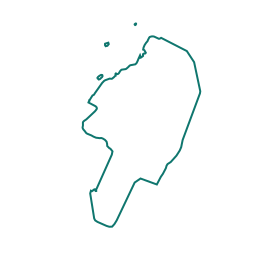 the Province of East Sepik, rotated 295°
{"feature_id": "PNG-1239", "entity_name": "East Sepik", "entity_type": "Province", "adm_level": 1, "iso_a3": "PNG", "parent_name": "Papua New Guinea", "parent_adm1": "", "projection": "mercator", "projection_center": [143.363, -4.131], "detail": "fine", "context": "isolated", "style": "outline", "palette": "teal", "viewbox_px": 256, "rotation_deg": 295, "n_neighbors": 0, "source": "natural_earth", "source_scale": "10m", "svg_char_len": 2473}
<svg xmlns="http://www.w3.org/2000/svg" viewBox="0 0 256 256"><g transform="rotate(295 128 128)"><path d="M134.4,81.4L135.4,81.3L136.4,81.6L136.8,81.1L137.8,81.5L141.9,82.0L142.5,82.1L143.6,83.0L144.4,83.2L145.1,83.2L157.8,85.5L160.5,86.4L161.6,87.1L165.0,90.5L165.6,92.2L165.9,92.6L166.2,92.9L167.2,93.3L167.7,93.6L168.2,93.8L169.9,94.4L170.2,94.7L170.7,94.4L171.6,93.8L171.9,93.8L172.3,93.9L172.4,94.3L172.0,95.0L172.5,95.8L173.1,96.3L174.0,96.6L176.1,96.8L177.2,97.1L178.1,97.5L180.4,101.0L181.1,101.5L183.6,102.6L184.4,102.8L185.8,103.5L188.8,107.7L190.3,108.3L192.3,108.4L196.2,108.2L196.8,108.3L197.5,108.2L199.0,108.2L198.5,108.7L197.9,109.0L197.2,109.1L196.5,109.0L197.0,109.7L197.5,110.1L198.1,110.3L198.7,110.8L199.7,111.2L201.2,110.4L202.0,110.8L202.5,111.7L202.8,112.1L203.2,112.3L203.9,112.2L204.0,112.0L204.0,111.8L204.3,111.5L204.8,110.8L205.4,110.0L205.6,109.2L205.5,108.6L207.5,108.1L210.2,108.0L212.9,108.4L214.9,109.0L215.7,108.9L218.8,109.0L219.6,109.2L220.4,110.0L221.1,110.9L221.6,111.9L221.9,113.1L221.9,118.2L222.3,118.9L223.2,119.6L223.7,119.9L223.7,120.0L222.6,148.8L215.6,160.1L191.8,178.0L189.7,178.6L187.1,178.8L140.2,182.6L133.1,184.3L129.4,184.4L123.4,183.6L115.2,181.1L112.0,179.1L111.1,179.0L110.1,178.9L107.6,179.3L101.2,179.0L97.7,178.4L89.0,178.0L87.5,160.7L81.4,157.1L39.5,156.8L35.2,156.3L31.9,155.3L30.6,152.8L30.2,150.0L30.0,140.0L30.4,137.3L31.7,135.6L52.7,121.4L53.2,121.3L54.1,121.1L54.4,121.2L55.5,120.9L55.6,122.1L56.4,122.6L57.5,122.9L58.3,123.7L57.5,124.7L57.2,125.3L57.5,125.8L59.1,125.0L59.6,125.2L60.6,125.2L97.0,124.6L100.3,123.8L101.4,121.6L101.8,120.7L101.8,119.7L102.9,116.8L104.9,115.7L106.6,114.3L107.5,112.1L107.8,109.7L107.7,108.3L107.5,107.7L107.0,107.0L106.8,106.6L106.3,104.9L105.9,103.8L105.7,103.1L105.6,100.4L105.8,98.0L105.6,93.5L105.7,92.6L105.9,92.0L106.9,90.2L107.8,88.2L108.5,87.2L109.3,86.6L110.9,86.2L111.7,85.9L113.3,85.1L114.0,84.8L114.8,84.8L115.6,85.1L116.4,85.5L118.2,86.6L129.2,91.0L130.8,91.4L131.7,91.6L132.6,91.5L133.4,90.9L134.0,89.5L134.4,81.7L134.4,81.4ZM164.3,83.0L163.3,83.0L161.6,82.3L161.2,82.2L160.5,81.9L159.6,81.1L159.7,80.6L160.0,80.1L160.1,79.5L160.5,79.1L161.7,79.3L163.3,80.1L164.8,81.2L165.1,82.3L164.3,83.0ZM192.7,73.2L193.4,72.1L194.7,71.6L196.2,73.2L197.0,74.1L195.9,75.1L193.8,74.6L192.7,73.2ZM224.8,90.2L225.4,90.4L225.9,90.7L226.0,91.2L225.6,91.4L225.3,91.3L224.8,91.3L224.6,91.3L224.3,91.0L224.4,90.6L224.8,90.2Z" fill="none" stroke="#0f766e" stroke-width="2"/></g></svg>